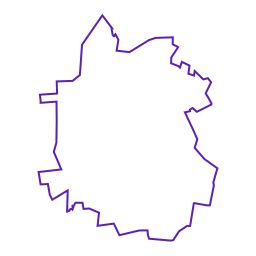 outline of Villa Hidalgo, Sonora, Mexico
{"feature_id": "50627088B23816586948546", "entity_name": "Villa Hidalgo", "entity_type": "district", "adm_level": 2, "iso_a3": "MEX", "parent_name": "Mexico", "parent_adm1": "Sonora", "projection": "equal_earth", "projection_center": [-109.382, 30.253], "detail": "fine", "context": "isolated", "style": "outline", "palette": "violet", "viewbox_px": 256, "rotation_deg": 0, "n_neighbors": 0, "source": "geoboundaries", "source_scale": "gbopen_adm2", "svg_char_len": 2109}
<svg xmlns="http://www.w3.org/2000/svg" viewBox="0 0 256 256"><path d="M190.1,226.1L193.8,203.4L194.2,203.1L196.4,203.5L206.6,205.3L207.6,205.3L209.7,205.3L209.9,205.3L210.4,202.6L211.8,195.7L213.9,185.2L213.3,182.6L215.7,174.1L217.4,168.3L213.2,165.3L210.2,163.2L204.4,159.0L200.0,154.0L194.7,147.8L197.3,139.3L192.9,129.3L184.9,112.3L190.0,111.2L190.0,109.6L192.5,108.0L196.0,111.1L196.9,111.8L211.4,104.5L211.4,103.2L205.7,93.3L211.1,82.3L207.9,78.2L203.3,79.4L194.7,71.0L194.0,75.6L188.4,73.7L189.5,65.6L181.9,61.9L179.9,67.6L178.4,66.1L171.1,63.3L171.3,57.5L178.1,47.2L177.4,46.6L172.7,44.3L172.8,37.3L155.6,37.9L149.0,40.1L131.1,51.1L129.5,52.1L116.6,50.7L118.4,39.8L115.4,34.2L115.1,34.5L114.9,34.8L114.8,35.1L114.7,35.3L114.6,35.6L114.6,35.8L114.4,36.0L114.2,36.2L114.0,36.3L113.8,36.2L113.6,36.0L113.4,35.6L113.1,35.3L112.9,35.0L112.7,34.8L112.6,34.7L112.4,33.3L112.2,32.3L112.0,31.2L111.5,28.3L112.1,28.3L102.3,15.4L82.0,44.8L80.6,65.0L79.9,75.0L72.6,80.9L56.7,81.4L57.1,93.5L56.4,93.6L39.9,94.7L40.6,100.5L40.6,102.8L42.3,102.7L56.5,101.6L56.7,119.7L56.7,121.4L56.4,142.6L53.8,151.9L61.3,169.4L48.7,170.9L38.6,172.0L40.6,184.4L47.9,184.0L48.4,186.9L49.8,194.8L52.3,199.7L67.7,190.4L67.1,211.7L67.4,211.7L67.5,211.6L67.8,211.3L68.0,211.1L68.6,210.9L68.8,210.9L68.9,210.7L69.1,210.3L69.3,210.3L69.5,210.4L69.6,210.2L69.8,209.9L70.0,209.8L70.1,209.4L70.3,209.2L70.5,209.0L70.8,208.8L71.1,208.9L71.5,209.0L71.8,209.1L72.0,209.2L72.1,209.3L72.4,209.5L72.5,209.6L72.7,209.2L72.6,208.7L72.6,208.4L72.7,208.2L72.8,208.0L72.8,207.9L73.0,207.7L72.8,207.6L72.7,207.5L72.6,207.3L72.5,206.8L72.5,206.5L72.4,206.3L72.4,206.1L72.4,205.9L72.6,205.7L72.9,205.8L73.1,205.8L73.3,205.9L73.5,206.0L73.7,205.8L73.8,205.7L74.0,205.5L74.3,205.2L74.4,204.7L74.5,204.4L74.6,204.2L74.9,203.6L75.0,203.3L75.1,203.1L75.4,202.9L75.5,202.8L75.9,202.7L82.5,202.8L83.5,208.9L89.2,208.5L99.0,212.7L97.6,225.8L113.8,223.6L119.4,235.2L131.1,232.4L139.3,230.5L143.2,230.4L147.5,230.4L147.5,230.7L147.9,235.1L149.1,238.7L170.9,240.6L173.3,240.1L179.0,231.3L187.1,225.9L190.1,226.1Z" fill="none" stroke="#5b21b6" stroke-width="2"/></svg>